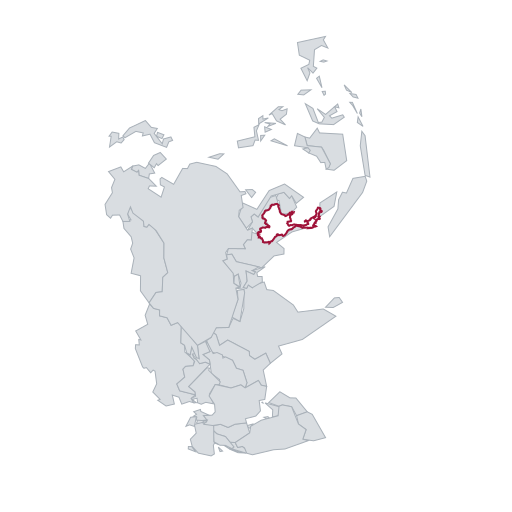 Asia, with Thailand highlighted, rotated 254°
{"feature_id": "THA", "entity_name": "Thailand", "entity_type": "country or territory", "adm_level": 0, "iso_a3": "THA", "parent_name": "Asia", "parent_adm1": "", "projection": "orthographic", "projection_center": [100.709, 13.031], "detail": "fine", "context": "in_parent", "style": "outline", "palette": "rose", "viewbox_px": 512, "rotation_deg": 254, "n_neighbors": 45, "source": "natural_earth", "source_scale": "50m", "svg_char_len": 18478}
<svg xmlns="http://www.w3.org/2000/svg" viewBox="0 0 512 512"><g transform="rotate(254 256 256)"><path d="M239.2,140.5L233.9,143.1L230.7,148.5L225.1,146.8L221.1,153.5L212.8,155.3L213.6,162.3L210.8,165.4L193.2,159.8L189.9,162.7L183.3,161.1L172.6,168.1L167.8,165.3L169.3,157.9L167.3,154.6L159.2,154.1L154.8,144.6L147.4,145.5L139.3,159.4L137.0,154.5L132.1,155.7L134.5,151.8L134.1,143.8L141.5,143.0L145.4,137.2L136.2,136.7L136.6,128.2L144.4,121.8L144.6,124.3L153.7,119.3L160.5,125.3L173.1,127.2L174.7,125.7L172.8,122.6L178.9,119.9L179.0,117.3L180.7,116.4L200.3,114.5L203.9,115.8L202.7,119.3L208.1,120.3L207.0,122.2L217.1,119.7L220.2,133.1L229.6,133.1L239.2,140.5Z" fill="#d9dde1" stroke="#a8b0b8" stroke-width="1"/><path d="M139.3,159.4L147.4,145.5L154.8,144.6L159.2,154.1L167.3,154.6L169.3,157.9L167.8,165.3L171.5,168.0L182.0,162.7L179.2,165.5L186.3,169.1L181.3,171.5L177.8,170.7L179.1,167.8L174.8,168.2L170.5,172.6L168.1,172.1L167.9,178.1L164.7,182.0L149.0,155.3L142.1,160.0L139.3,159.4Z" fill="#d9dde1" stroke="#a8b0b8" stroke-width="1"/><path d="M449.8,354.7L447.9,383.3L445.2,380.3L436.1,382.4L440.3,377.0L438.2,369.1L422.5,363.4L419.8,366.3L416.1,361.2L422.8,357.5L417.1,358.3L410.4,353.5L424.1,350.9L425.6,359.6L429.4,361.6L437.1,353.0L449.8,354.7ZM386.3,391.1L383.7,396.7L379.6,397.5L382.1,393.2L386.3,391.1ZM423.9,377.9L423.7,374.6L425.4,371.4L426.0,374.6L423.9,377.9ZM356.9,335.8L354.5,340.1L362.0,350.1L356.8,351.0L349.2,372.9L322.7,369.5L316.9,354.7L320.2,347.4L324.1,352.9L338.9,350.2L342.6,349.0L348.0,335.6L356.9,335.8ZM399.6,365.8L410.1,363.2L411.4,366.4L399.6,365.8ZM395.3,368.0L392.5,367.5L391.7,365.7L395.9,365.0L395.3,368.0ZM399.9,340.8L403.0,345.1L400.6,354.6L397.7,346.3L399.9,340.8ZM370.2,347.7L388.8,345.4L382.2,351.4L367.2,352.7L366.5,356.2L370.4,359.9L380.7,355.4L372.9,361.9L379.6,376.4L375.6,376.5L377.8,372.7L372.5,373.7L370.5,365.3L367.6,366.9L367.8,378.3L365.1,379.1L360.9,366.8L365.6,353.2L370.2,347.7ZM368.4,397.3L360.7,396.2L364.8,395.0L368.4,397.3ZM365.0,392.7L374.0,390.4L377.9,388.5L377.1,391.0L365.0,392.7ZM356.4,390.2L361.6,392.5L351.1,394.6L356.4,390.2ZM303.5,383.1L333.2,386.6L346.7,392.1L341.6,394.0L300.4,387.3L303.5,383.1ZM291.6,360.3L303.9,370.6L302.5,382.9L297.4,383.1L287.7,376.0L254.2,332.1L264.2,333.3L278.7,347.7L287.3,350.9L293.5,356.7L291.6,360.3Z" fill="#d9dde1" stroke="#a8b0b8" stroke-width="1"/><path d="M386.7,393.2L390.5,388.7L396.2,387.9L386.7,393.2Z" fill="#d9dde1" stroke="#a8b0b8" stroke-width="1"/><path d="M79.0,177.5L74.4,182.5L69.3,192.1L71.9,184.5L77.4,177.7L79.0,177.5Z" fill="#d9dde1" stroke="#a8b0b8" stroke-width="1"/><path d="M82.4,174.4L77.4,177.7L83.1,172.7L82.4,174.4Z" fill="#d9dde1" stroke="#a8b0b8" stroke-width="1"/><path d="M76.5,180.8L73.2,184.5L76.2,180.0L76.5,180.8Z" fill="#d9dde1" stroke="#a8b0b8" stroke-width="1"/><path d="M76.5,180.8L84.3,179.4L82.4,184.6L77.0,185.6L76.7,190.4L70.6,194.3L69.3,192.1L76.5,180.8Z" fill="#d9dde1" stroke="#a8b0b8" stroke-width="1"/><path d="M96.8,227.4L103.5,229.7L112.3,224.2L104.3,237.5L96.3,233.2L96.8,227.4Z" fill="#d9dde1" stroke="#a8b0b8" stroke-width="1"/><path d="M95.5,224.7L96.4,221.4L98.8,219.1L98.3,223.2L95.5,224.7Z" fill="#d9dde1" stroke="#a8b0b8" stroke-width="1"/><path d="M95.4,199.4L95.4,206.6L91.9,202.9L95.4,199.4Z" fill="#d9dde1" stroke="#a8b0b8" stroke-width="1"/><path d="M82.4,184.6L84.3,179.4L90.8,176.9L95.8,169.4L101.1,166.4L104.6,168.6L104.0,175.5L98.9,181.9L100.1,189.4L98.2,200.9L87.7,201.2L82.4,184.6Z" fill="#d9dde1" stroke="#a8b0b8" stroke-width="1"/><path d="M105.2,236.7L111.6,227.8L118.9,241.5L110.3,249.5L108.5,255.2L92.1,262.3L91.3,251.0L101.3,248.7L105.6,240.2L105.2,236.7ZM113.8,221.8L112.2,222.6L113.6,221.3L113.8,221.8Z" fill="#d9dde1" stroke="#a8b0b8" stroke-width="1"/><path d="M287.5,301.5L289.2,292.1L302.9,293.4L304.8,290.2L309.9,294.9L309.5,300.4L302.1,304.1L304.1,306.9L291.7,308.6L287.5,301.5Z" fill="#d9dde1" stroke="#a8b0b8" stroke-width="1"/><path d="M308.8,291.8L299.2,291.7L300.7,285.7L293.3,273.5L280.6,277.0L281.5,268.0L276.5,263.6L283.8,260.2L283.1,255.0L289.8,262.0L295.1,262.0L296.9,265.9L292.9,268.8L308.3,284.0L308.8,291.8Z" fill="#d9dde1" stroke="#a8b0b8" stroke-width="1"/><path d="M276.5,263.6L268.4,266.8L264.5,272.6L271.1,283.1L267.8,287.9L274.0,302.9L269.3,311.9L269.2,297.2L263.4,279.5L255.4,285.0L250.2,283.4L251.1,273.4L243.1,258.2L256.0,235.5L264.4,233.3L265.3,228.1L270.8,231.5L266.0,247.7L270.4,247.0L274.1,252.1L272.8,255.9L280.9,257.1L276.5,263.6Z" fill="#d9dde1" stroke="#a8b0b8" stroke-width="1"/><path d="M295.5,309.2L304.1,306.9L302.1,304.1L309.5,300.4L309.5,287.2L292.9,268.8L296.9,265.9L295.1,262.0L289.8,262.0L285.3,254.3L298.6,250.1L310.5,258.0L300.6,269.7L315.3,286.7L317.3,303.3L299.3,317.9L295.5,309.2Z" fill="#d9dde1" stroke="#a8b0b8" stroke-width="1"/><path d="M376.4,162.1L375.9,168.5L370.7,173.8L374.7,179.2L363.6,181.5L364.3,176.1L360.1,174.2L361.9,171.4L365.9,165.8L370.5,166.7L369.3,164.7L373.6,160.1L376.4,162.1Z" fill="#d9dde1" stroke="#a8b0b8" stroke-width="1"/><path d="M368.9,182.5L374.9,178.2L380.9,185.3L381.9,192.5L373.9,196.5L369.9,186.8L372.2,185.8L368.9,182.5Z" fill="#d9dde1" stroke="#a8b0b8" stroke-width="1"/><path d="M240.4,140.3L254.4,135.3L268.8,139.6L273.8,131.2L287.8,138.3L297.2,137.4L302.3,141.0L308.9,141.3L318.9,136.7L325.9,137.6L325.2,145.8L331.7,144.1L337.9,147.5L320.5,157.4L315.2,156.5L313.9,159.1L315.9,161.8L311.7,165.5L293.7,171.1L279.5,166.9L264.3,166.6L261.2,160.5L247.5,156.0L248.5,149.8L240.4,140.3Z" fill="#d9dde1" stroke="#a8b0b8" stroke-width="1"/><path d="M265.3,228.1L264.4,233.3L256.0,235.5L244.8,255.7L243.0,248.4L241.0,251.3L238.8,248.8L244.3,242.3L234.3,240.6L229.3,235.1L227.5,238.1L230.3,240.6L226.5,243.7L228.9,245.1L228.7,256.7L220.7,257.1L218.1,263.1L198.6,278.4L190.5,280.8L186.5,306.1L176.1,316.2L163.0,277.6L163.2,252.8L154.7,254.0L148.9,240.2L159.9,238.6L157.0,226.4L162.0,222.3L166.1,223.2L183.0,205.6L180.1,196.3L191.2,196.0L195.4,192.8L198.0,198.1L194.8,210.1L202.4,216.7L197.5,222.5L208.8,229.8L227.2,235.1L230.7,227.8L230.6,232.2L234.1,234.1L243.5,233.9L242.4,229.7L260.6,222.7L261.0,227.4L265.3,228.1Z" fill="#d9dde1" stroke="#a8b0b8" stroke-width="1"/><path d="M243.0,248.4L243.2,261.9L239.7,252.2L235.9,251.9L234.6,256.2L229.5,255.0L226.5,243.7L230.3,240.6L227.5,238.1L229.3,235.1L234.3,240.6L244.3,242.3L238.8,248.8L241.0,251.3L243.0,248.4Z" fill="#d9dde1" stroke="#a8b0b8" stroke-width="1"/><path d="M242.4,229.7L243.5,233.9L230.6,232.2L235.9,227.1L242.4,229.7Z" fill="#d9dde1" stroke="#a8b0b8" stroke-width="1"/><path d="M228.1,228.6L227.2,235.1L223.9,235.0L197.5,222.5L204.2,215.8L219.2,226.7L228.1,228.6Z" fill="#d9dde1" stroke="#a8b0b8" stroke-width="1"/><path d="M195.4,192.8L191.2,196.0L180.1,196.3L183.0,205.6L166.1,223.2L162.0,222.3L157.0,226.4L159.9,238.6L148.9,240.2L144.4,231.5L127.7,230.3L130.4,225.4L135.7,224.0L132.2,209.2L136.7,212.4L149.7,212.0L153.5,206.2L162.2,204.7L176.5,186.4L188.2,185.0L190.2,190.6L195.4,192.8Z" fill="#d9dde1" stroke="#a8b0b8" stroke-width="1"/><path d="M155.3,180.7L168.9,182.6L175.9,177.8L176.8,185.4L182.4,182.8L188.2,185.0L174.0,187.9L174.0,191.9L170.1,196.5L167.0,196.0L167.4,199.0L162.2,204.7L153.5,206.2L149.7,212.0L136.7,212.4L132.2,209.2L136.3,205.9L136.0,195.6L142.4,184.9L147.2,186.9L155.3,180.7Z" fill="#d9dde1" stroke="#a8b0b8" stroke-width="1"/><path d="M164.7,182.0L167.9,178.1L168.1,172.1L179.1,167.8L179.1,170.8L173.3,173.0L186.3,175.1L187.9,183.8L176.8,185.4L175.9,177.8L168.9,182.6L164.7,182.0Z" fill="#d9dde1" stroke="#a8b0b8" stroke-width="1"/><path d="M182.0,162.7L189.9,162.7L193.2,159.8L210.8,165.4L186.3,175.1L173.3,173.0L174.5,170.8L186.3,169.1L179.2,165.5L182.0,162.7Z" fill="#d9dde1" stroke="#a8b0b8" stroke-width="1"/><path d="M132.1,155.7L137.0,154.5L137.9,159.3L142.1,160.0L149.0,155.3L162.1,178.1L161.0,180.5L159.2,179.0L144.8,187.0L142.4,184.9L143.7,181.4L136.1,173.1L125.6,174.4L129.2,167.4L128.6,162.5L131.0,159.4L135.5,160.1L135.7,155.1L131.4,158.3L132.1,155.7Z" fill="#d9dde1" stroke="#a8b0b8" stroke-width="1"/><path d="M98.2,200.9L100.1,189.4L98.9,181.9L104.0,175.5L105.3,165.1L108.6,159.4L111.1,163.4L117.1,161.4L115.1,170.0L117.4,173.8L124.9,175.3L134.4,172.3L143.7,181.4L136.0,195.6L136.3,205.9L132.2,209.2L135.7,224.0L130.4,225.4L127.7,230.3L115.7,224.9L116.2,219.2L105.9,217.6L102.2,211.7L102.5,201.0L98.2,200.9Z" fill="#d9dde1" stroke="#a8b0b8" stroke-width="1"/><path d="M77.5,179.7L82.4,174.4L84.1,169.1L88.9,164.2L99.9,166.7L95.8,169.4L90.8,176.9L78.5,182.2L77.5,179.7Z" fill="#d9dde1" stroke="#a8b0b8" stroke-width="1"/><path d="M111.9,163.6L109.8,156.0L111.8,152.8L114.9,155.1L111.9,163.6Z" fill="#d9dde1" stroke="#a8b0b8" stroke-width="1"/><path d="M104.6,168.6L88.9,164.2L85.5,167.7L87.6,164.5L85.7,162.8L77.2,161.4L76.2,157.8L82.4,146.2L90.6,142.2L98.0,142.4L102.2,149.7L111.2,150.3L110.7,158.8L108.6,159.4L104.6,168.6ZM89.2,137.7L91.5,138.5L90.5,141.7L84.5,143.9L89.2,137.7Z" fill="#d9dde1" stroke="#a8b0b8" stroke-width="1"/><path d="M194.1,319.8L193.2,324.5L187.6,326.4L185.2,316.0L187.6,308.7L194.1,319.8Z" fill="#d9dde1" stroke="#a8b0b8" stroke-width="1"/><path d="M317.3,273.2L313.4,267.9L322.5,264.3L320.9,270.8L317.3,273.2ZM186.3,175.1L213.6,162.3L212.8,155.3L221.1,153.5L225.1,146.8L230.7,148.5L233.9,143.1L240.4,140.3L248.5,149.8L247.5,156.0L261.2,160.5L264.3,166.6L279.5,166.9L293.7,171.1L308.0,167.0L315.9,161.8L313.9,159.1L315.2,156.5L320.5,157.4L331.2,149.5L337.9,148.9L331.7,144.1L324.0,144.3L325.9,137.6L333.0,136.2L334.8,129.3L332.4,126.6L336.9,123.8L347.2,125.1L356.4,135.4L361.6,136.0L368.6,141.5L377.8,137.5L378.9,150.6L373.4,152.0L376.4,162.1L373.6,160.1L369.3,164.7L370.5,166.7L365.9,165.8L360.1,174.2L350.6,179.4L352.7,172.9L350.4,170.9L338.7,181.0L347.6,187.0L350.8,183.7L356.5,185.0L357.5,187.1L347.6,196.6L360.4,209.6L358.9,214.2L362.6,217.7L362.4,224.9L353.1,242.2L342.9,250.9L322.1,258.3L321.0,263.2L318.6,263.5L318.2,258.5L306.1,256.9L304.6,252.5L298.6,250.1L283.1,255.0L283.8,260.2L272.8,255.9L274.1,252.1L270.4,247.0L266.0,247.7L270.8,231.5L267.7,227.8L261.0,227.4L260.6,222.7L245.7,229.3L235.9,227.1L230.6,231.3L230.7,227.8L219.2,226.7L194.8,210.1L198.0,198.1L190.2,190.6L186.3,175.1Z" fill="#d9dde1" stroke="#a8b0b8" stroke-width="1"/><path d="M363.9,238.0L364.3,249.3L363.0,253.2L359.5,246.2L363.9,238.0Z" fill="#d9dde1" stroke="#a8b0b8" stroke-width="1"/><path d="M119.2,151.7L120.3,155.2L123.5,153.2L123.8,160.3L121.8,160.1L116.0,166.9L117.1,161.4L111.9,163.6L112.8,158.6L114.8,153.1L117.4,154.7L119.2,151.7ZM111.1,163.4L110.0,162.5L110.7,158.8L112.0,160.3L111.1,163.4Z" fill="#d9dde1" stroke="#a8b0b8" stroke-width="1"/><path d="M111.6,141.7L119.0,148.7L118.0,154.4L109.2,149.8L112.0,145.6L111.6,141.7Z" fill="#d9dde1" stroke="#a8b0b8" stroke-width="1"/><path d="M369.7,297.7L365.3,292.2L370.6,293.7L369.7,297.7ZM378.0,311.7L377.3,303.2L379.1,305.8L381.9,301.1L378.0,311.7ZM387.9,307.3L393.3,318.6L392.1,322.9L390.4,318.4L388.5,321.0L388.9,326.5L383.9,324.3L380.9,316.9L373.9,320.5L380.2,313.0L388.4,310.8L387.9,307.3ZM363.6,305.9L353.2,316.7L362.6,302.2L363.6,305.9ZM371.6,269.7L370.9,287.8L380.3,289.5L381.4,295.1L376.2,290.9L366.5,290.3L367.7,287.1L362.9,283.5L364.8,269.0L371.6,269.7ZM373.4,305.6L372.5,298.9L377.8,299.9L373.4,305.6ZM387.4,296.3L389.0,301.3L385.7,300.4L385.3,305.9L382.2,295.0L387.4,296.3Z" fill="#d9dde1" stroke="#a8b0b8" stroke-width="1"/><path d="M276.2,327.8L289.4,332.1L295.3,351.3L282.2,344.7L276.2,327.8ZM356.9,335.8L348.0,335.6L342.6,349.0L324.1,352.9L320.9,350.4L320.2,347.4L327.0,347.9L327.9,344.0L335.2,341.8L340.5,335.1L345.7,335.7L351.4,323.4L362.4,329.6L356.9,335.8Z" fill="#d9dde1" stroke="#a8b0b8" stroke-width="1"/><path d="M346.0,330.5L345.7,335.7L342.6,337.3L340.5,335.1L346.0,330.5Z" fill="#d9dde1" stroke="#a8b0b8" stroke-width="1"/><path d="M413.9,169.7L416.7,187.0L408.5,190.8L405.8,196.3L401.9,191.9L389.7,196.8L394.0,199.4L393.9,207.0L390.1,207.7L389.8,203.7L385.1,200.0L392.9,189.6L402.3,187.7L402.7,179.9L405.4,181.5L408.9,174.9L405.8,162.6L408.3,161.3L413.9,169.7ZM411.0,149.8L411.7,147.8L414.8,151.9L411.7,158.0L406.3,156.2L407.1,160.7L404.2,161.3L401.8,157.5L404.2,153.6L401.1,145.2L411.0,149.8ZM394.8,198.0L398.5,193.4L402.0,195.4L397.9,200.9L394.8,198.0Z" fill="#d9dde1" stroke="#a8b0b8" stroke-width="1"/><path d="M91.3,251.0L92.1,262.3L88.3,266.4L62.2,272.8L62.5,260.4L67.0,250.5L75.3,256.3L82.8,250.5L91.3,251.0Z" fill="#d9dde1" stroke="#a8b0b8" stroke-width="1"/><path d="M69.0,192.7L74.7,192.1L76.7,190.4L77.0,185.6L82.4,184.6L87.7,201.2L93.8,204.0L96.7,215.8L96.3,233.2L105.2,236.7L105.6,240.2L101.3,248.7L82.8,250.5L75.3,256.3L67.0,250.5L64.1,255.5L62.5,230.6L64.9,219.6L65.9,197.8L69.0,192.7Z" fill="#d9dde1" stroke="#a8b0b8" stroke-width="1"/><path d="M82.7,167.1L77.7,170.1L77.9,167.5L82.7,167.1Z" fill="#d9dde1" stroke="#a8b0b8" stroke-width="1"/><path d="M276.5,264.1L276.5,264.4L276.9,264.0L277.1,263.8L277.4,263.8L277.6,264.0L277.9,264.4L278.1,264.7L278.3,264.9L278.3,265.1L278.2,265.6L277.7,266.7L277.8,267.2L278.2,267.6L278.7,267.8L279.2,267.8L279.5,267.6L279.9,267.4L280.2,267.3L281.0,267.5L281.3,267.9L281.2,268.6L281.3,269.2L281.5,269.7L281.6,270.2L281.0,271.9L280.6,272.5L280.5,272.9L280.9,273.4L281.0,273.7L281.0,274.1L280.8,274.6L279.9,276.6L280.1,276.8L280.8,277.1L281.1,277.0L282.1,276.0L282.8,275.5L283.3,275.2L283.6,274.9L283.7,274.6L283.9,274.4L284.2,274.5L284.5,274.3L284.9,273.9L285.2,273.7L285.4,273.8L285.7,274.0L286.3,274.5L286.7,274.8L287.1,274.9L287.3,275.0L287.3,275.3L287.4,275.5L287.6,275.5L287.7,275.4L287.9,275.2L288.3,274.9L288.7,274.8L289.1,274.7L289.3,274.5L289.5,274.0L289.7,273.7L290.0,273.5L290.2,273.4L290.3,273.3L290.2,273.1L290.3,272.8L290.7,272.7L291.2,272.7L291.8,272.9L292.5,273.2L293.0,273.3L293.2,273.2L293.7,273.6L294.3,274.7L294.9,275.5L295.4,276.0L295.9,276.4L296.4,276.7L296.8,277.1L297.1,277.8L296.9,278.8L296.8,279.7L296.9,280.8L297.2,281.6L297.8,282.2L298.2,282.7L298.3,283.0L298.7,283.3L299.5,283.6L299.9,283.8L299.7,284.0L299.8,284.5L300.1,284.7L300.6,284.9L300.8,285.1L300.9,285.3L300.9,285.6L300.8,286.1L300.7,286.4L300.4,286.7L300.3,287.2L300.3,287.7L300.5,288.1L300.6,288.6L300.5,289.1L300.4,290.2L300.3,290.5L300.1,290.8L299.7,291.0L299.0,291.4L298.6,291.9L298.4,291.9L298.2,291.8L298.1,291.7L298.1,291.3L297.7,291.1L297.2,291.0L295.6,291.3L294.8,291.2L293.7,291.4L292.6,291.3L292.0,291.1L291.7,291.2L291.2,291.3L290.2,291.6L289.4,291.9L288.9,292.5L288.7,292.9L288.1,293.8L287.6,294.4L287.3,294.7L287.4,294.8L287.3,295.0L286.3,295.2L286.3,296.4L286.5,296.8L286.9,297.7L287.1,298.5L287.1,299.3L287.7,299.7L288.3,300.4L288.1,301.2L288.2,301.9L289.1,303.7L288.9,303.4L288.5,302.8L288.3,302.3L287.8,301.7L287.5,301.4L287.3,301.8L286.4,301.2L286.0,300.5L285.9,300.8L285.5,300.3L285.0,299.9L284.4,299.6L284.1,299.4L283.6,299.2L282.4,299.5L280.8,299.3L280.2,299.5L279.9,299.4L279.7,299.1L279.9,298.6L279.9,297.6L280.1,296.9L280.0,296.4L280.2,295.8L279.9,295.6L278.8,295.4L278.6,295.1L278.3,295.4L276.9,295.5L276.4,295.7L275.9,296.1L275.8,296.6L276.1,297.0L276.3,297.5L275.8,298.8L275.7,299.2L275.9,300.7L275.8,301.6L275.5,302.1L275.1,302.7L274.9,303.5L274.6,303.9L274.2,304.8L273.9,306.0L273.6,306.5L273.5,307.5L272.6,309.0L272.4,309.8L272.0,310.1L272.2,310.3L272.2,310.8L272.0,312.8L272.2,313.3L272.6,314.3L272.5,314.6L272.4,315.0L272.8,315.1L273.1,315.2L274.6,314.7L275.1,314.9L275.4,315.7L275.6,317.7L275.8,318.1L276.4,318.8L276.5,318.8L276.6,318.5L276.9,318.8L277.1,319.6L277.9,323.4L278.3,324.3L277.8,324.1L277.7,323.3L277.5,322.9L277.4,322.8L277.1,322.9L277.1,322.7L277.3,322.4L277.3,322.1L277.0,321.8L276.5,322.0L276.5,322.6L276.7,323.1L277.5,324.1L277.7,324.5L278.0,324.6L278.5,324.6L279.4,325.4L280.5,326.0L281.1,326.0L281.8,325.8L282.2,325.8L282.7,326.0L283.2,326.5L284.0,327.8L285.4,328.8L285.3,329.1L285.2,329.5L284.7,330.1L284.6,330.4L284.4,330.8L284.0,331.0L283.7,331.0L283.4,330.9L283.1,330.5L282.9,330.4L281.6,330.9L281.3,331.5L281.1,331.6L280.9,331.6L280.3,331.0L280.4,330.7L280.7,330.2L280.8,329.8L280.7,329.2L280.6,328.9L280.3,328.8L279.8,328.8L279.5,328.5L279.4,328.0L279.3,327.9L279.1,327.8L278.7,327.9L277.4,327.4L277.0,326.8L276.8,326.8L276.6,326.9L276.5,327.0L276.4,327.7L276.3,327.9L275.2,326.5L274.4,325.9L274.5,324.9L274.3,324.7L274.0,324.7L273.8,324.4L274.0,323.7L273.7,323.9L273.2,323.8L272.9,323.7L272.6,322.8L272.4,322.5L272.1,322.1L271.6,322.1L271.4,321.8L271.5,321.3L271.1,320.9L270.7,320.7L270.3,320.5L269.9,319.6L269.3,319.2L269.0,319.3L268.9,319.6L268.6,319.9L268.3,319.9L268.1,319.7L267.8,318.8L267.7,318.2L267.8,317.2L268.2,316.3L268.4,314.8L268.7,313.9L269.0,313.6L269.3,312.3L269.9,310.7L270.1,309.9L270.2,309.6L270.3,309.0L270.2,308.5L270.3,308.3L271.4,307.3L272.2,306.5L273.5,304.1L273.9,303.8L274.1,303.5L274.1,303.4L273.7,301.9L273.4,301.5L273.1,300.2L273.2,299.8L273.0,299.6L272.7,299.3L272.4,298.9L272.1,298.3L272.2,297.9L271.9,297.6L271.9,297.3L272.2,296.7L272.2,295.4L272.0,294.4L271.5,293.4L271.1,292.9L269.5,291.4L268.1,289.3L267.9,288.6L267.8,287.8L267.8,287.5L268.0,287.4L268.3,287.2L268.5,287.2L269.0,286.8L269.4,286.9L269.5,286.8L269.5,286.6L269.5,285.9L269.5,285.0L269.7,283.7L270.7,283.1L270.9,282.8L271.0,282.5L271.0,282.3L270.9,282.1L270.1,282.5L270.0,282.4L269.7,281.5L269.2,280.5L269.2,279.8L269.0,279.4L268.2,278.6L266.2,276.1L265.9,275.6L265.8,275.4L266.0,274.9L265.9,274.5L265.7,273.8L265.5,273.5L265.6,273.3L265.4,273.3L265.1,273.3L264.8,273.0L264.5,272.3L265.0,272.4L265.4,272.2L266.0,272.0L266.1,271.9L266.0,270.4L266.0,270.1L266.4,269.5L266.4,268.8L266.5,268.0L266.9,267.3L267.2,267.1L267.4,266.6L267.5,266.5L267.8,266.6L268.3,266.9L268.9,266.9L269.4,266.9L270.6,266.6L271.3,266.6L271.5,266.4L271.6,266.2L271.7,265.3L271.8,265.2L272.0,265.1L272.5,265.0L272.9,265.2L273.1,265.2L273.6,265.0L273.8,264.9L273.8,264.7L273.8,264.3L273.6,263.9L274.4,264.1L274.8,264.1L275.0,264.0L275.5,263.6L275.8,263.6L276.5,264.1ZM268.5,321.2L268.5,321.5L268.3,321.5L268.1,321.7L268.0,321.8L267.9,321.1L268.1,320.1L268.3,320.2L268.7,320.4L268.5,320.9L268.5,321.2ZM276.1,313.5L276.2,313.8L276.1,314.1L275.7,314.3L275.5,314.0L275.6,313.6L276.0,313.5L276.1,313.5ZM286.8,302.4L286.8,302.5L286.6,302.4L286.5,302.5L286.2,302.4L286.1,301.8L286.1,301.7L286.3,301.7L286.6,302.0L286.8,302.4ZM274.3,327.6L274.2,327.6L274.0,327.2L274.2,326.7L274.4,327.3L274.3,327.6ZM269.4,321.1L269.1,320.3L269.4,320.5L269.4,321.1ZM276.2,313.0L275.9,312.9L275.8,312.5L276.0,312.5L276.2,313.0ZM271.6,322.6L271.7,323.2L271.4,322.8L271.4,322.4L271.6,322.6ZM287.6,303.8L287.6,304.3L287.3,304.1L287.4,303.9L287.5,303.8L287.6,303.8ZM268.1,315.9L267.9,316.0L268.0,315.5L268.1,315.8L268.1,315.9Z" fill="none" stroke="#9f1239" stroke-width="2"/></g></svg>